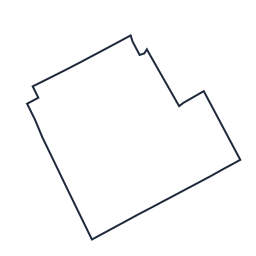 the district of Steuben, New York, United States of America, rotated 332°
{"feature_id": "52423323B60397494558599", "entity_name": "Steuben", "entity_type": "district", "adm_level": 2, "iso_a3": "USA", "parent_name": "United States of America", "parent_adm1": "New York", "projection": "equal_earth", "projection_center": [-77.339, 42.29], "detail": "fine", "context": "isolated", "style": "outline", "palette": "slate", "viewbox_px": 256, "rotation_deg": 332, "n_neighbors": 0, "source": "geoboundaries", "source_scale": "gbopen_adm2", "svg_char_len": 511}
<svg xmlns="http://www.w3.org/2000/svg" viewBox="0 0 256 256"><g transform="rotate(332 128 128)"><path d="M73.8,209.3L96.3,209.1L106.8,209.2L178.1,209.3L191.2,209.0L203.2,208.9L203.3,208.9L212.2,208.8L212.2,153.2L212.2,131.0L188.7,131.8L183.4,132.7L181.7,73.5L181.6,67.4L177.4,69.8L172.6,69.0L172.6,53.9L173.8,47.5L152.6,47.6L126.2,47.6L107.1,47.5L99.5,47.4L63.4,46.5L63.0,59.2L50.3,59.2L49.8,77.0L48.0,95.9L46.7,130.2L45.7,155.2L43.8,209.5L73.8,209.3Z" fill="none" stroke="#1e293b" stroke-width="2"/></g></svg>